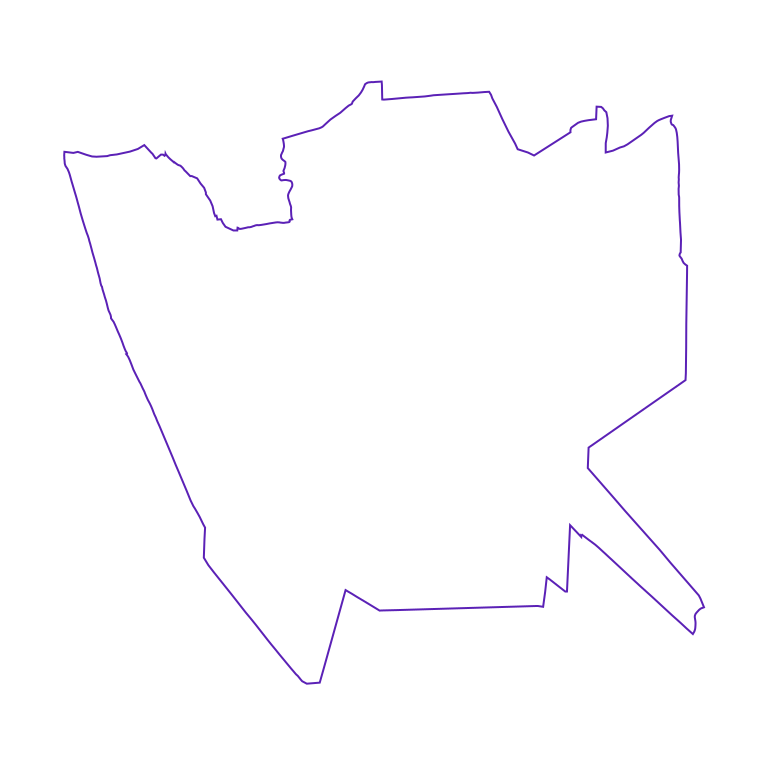 Bolintin-Deal, Giurgiu, Romania (Equal Earth projection), rotated 92°
{"feature_id": "2599482B7504561423592", "entity_name": "Bolintin-Deal", "entity_type": "district", "adm_level": 2, "iso_a3": "ROU", "parent_name": "Romania", "parent_adm1": "Giurgiu", "projection": "equal_earth", "projection_center": [25.812, 44.45], "detail": "fine", "context": "isolated", "style": "outline", "palette": "violet", "viewbox_px": 768, "rotation_deg": 92, "n_neighbors": 0, "source": "geoboundaries", "source_scale": "gbopen_adm2", "svg_char_len": 6061}
<svg xmlns="http://www.w3.org/2000/svg" viewBox="0 0 768 768"><g transform="rotate(92 384 384)"><path d="M163.1,711.5L166.6,711.6L168.7,711.4L169.8,711.4L170.9,711.2L173.2,710.9L174.5,710.8L175.6,710.5L176.4,710.2L177.2,709.9L177.9,709.4L180.1,707.8L181.6,707.1L183.3,706.3L184.6,705.8L186.3,705.2L187.6,704.8L189.8,704.1L192.7,703.2L195.3,702.3L204.0,699.4L206.9,698.4L209.4,697.6L213.3,696.4L217.4,695.1L224.1,693.1L226.5,692.3L231.3,690.7L238.4,688.2L243.3,686.4L246.3,685.1L249.1,684.1L251.3,683.5L253.9,682.6L259.5,680.9L262.6,680.0L268.6,678.0L272.7,676.7L275.4,675.9L278.3,674.9L281.6,674.0L283.6,673.4L288.3,671.9L293.1,670.8L295.6,670.0L296.5,669.3L299.6,668.5L304.4,666.8L306.7,666.1L310.2,664.8L313.5,663.8L317.5,662.7L320.3,661.8L322.8,660.5L324.5,659.7L326.4,659.2L327.9,659.1L329.8,657.6L331.3,656.4L334.0,655.0L337.2,653.5L340.9,651.8L343.5,650.5L347.8,648.5L352.1,646.7L354.5,645.8L357.8,644.4L360.3,643.2L361.7,642.2L362.6,641.9L363.1,642.7L364.4,641.6L365.8,640.6L368.9,639.0L373.0,637.2L378.3,635.0L382.6,632.7L387.2,630.2L390.3,628.5L391.8,627.5L397.3,624.7L398.5,624.0L400.0,623.2L401.7,622.5L403.9,621.5L406.2,620.4L408.2,619.4L410.4,618.1L411.8,617.3L414.3,616.0L417.1,614.7L422.3,612.5L425.6,610.8L428.2,609.7L429.7,609.0L430.9,608.4L432.7,607.5L433.7,607.0L464.6,592.7L472.0,589.4L478.4,586.4L497.4,577.6L507.2,573.2L512.8,570.2L515.1,568.6L519.4,565.9L523.4,563.5L527.4,561.4L530.6,559.7L533.8,557.8L545.1,558.0L563.9,558.0L571.2,553.2L578.3,547.3L599.5,529.1L617.2,514.2L622.8,509.2L628.9,503.9L643.9,491.3L648.2,487.6L652.6,483.7L657.9,479.1L671.5,467.0L677.2,461.8L678.7,460.0L682.3,456.9L683.9,455.4L686.2,450.7L684.7,437.8L669.6,434.1L591.3,415.2L592.3,413.4L594.7,408.9L597.4,404.2L604.7,391.0L610.6,380.5L610.4,378.3L609.5,363.1L600.5,223.3L600.5,222.4L601.1,217.2L586.3,215.7L571.5,214.6L573.2,212.0L585.1,195.6L585.0,193.9L518.6,193.1L529.9,181.6L528.5,181.6L528.8,181.2L527.9,180.6L532.8,173.7L537.2,167.3L540.1,163.7L554.3,147.2L569.4,129.8L577.3,120.6L587.3,108.7L605.1,88.0L612.6,79.0L617.9,72.9L623.1,66.6L620.5,65.2L618.5,64.6L617.0,64.4L614.6,64.3L612.0,64.3L610.2,64.5L607.1,65.1L606.0,65.3L604.5,65.2L602.7,64.5L600.9,63.1L600.0,62.3L598.7,61.2L597.6,59.9L597.1,59.1L596.0,56.4L587.3,60.3L584.3,62.0L552.6,91.5L539.9,102.9L502.7,138.4L487.4,152.6L460.9,177.4L440.4,177.3L369.6,82.8L362.7,82.7L336.6,83.3L313.3,84.0L262.6,85.0L255.2,85.2L253.9,87.2L252.5,88.8L250.6,89.9L248.4,90.9L246.2,92.7L245.4,93.2L244.2,93.1L243.0,92.7L242.2,92.1L229.5,92.2L222.1,93.0L212.6,93.8L209.8,94.1L201.7,94.8L195.7,95.2L187.9,95.5L186.7,95.6L184.4,96.1L180.4,96.3L178.6,96.4L177.3,96.3L175.6,96.2L173.8,96.4L172.4,96.6L169.1,96.5L167.3,96.7L164.3,96.6L162.9,96.5L159.8,96.5L154.1,96.8L149.7,97.3L142.7,98.1L131.7,99.0L127.0,99.5L122.7,100.2L119.2,101.1L117.7,101.9L115.2,103.9L114.8,105.1L114.4,105.6L113.3,106.1L111.9,106.6L110.1,106.6L105.8,105.4L106.1,107.0L106.3,108.3L108.1,112.7L109.7,116.4L110.7,118.5L111.6,120.1L113.7,122.8L118.7,128.1L123.9,133.2L125.9,135.5L136.0,149.0L138.1,152.5L139.4,156.4L142.8,163.3L144.9,170.5L135.5,170.8L129.8,170.0L125.2,169.6L118.1,169.3L110.6,169.9L104.6,171.3L102.8,173.4L100.9,174.8L99.5,176.6L99.4,181.2L112.0,181.3L113.2,188.8L114.0,192.7L114.9,196.2L116.2,199.2L119.2,203.1L120.9,205.3L121.6,206.0L123.5,206.5L125.1,206.5L125.9,206.4L150.4,242.0L147.6,248.3L144.7,258.6L139.1,261.4L127.5,268.4L114.9,275.1L103.2,280.9L94.8,285.7L91.3,287.1L88.3,289.1L88.7,293.7L89.5,300.4L90.0,305.8L89.9,307.6L90.3,310.2L90.7,314.8L91.1,318.7L91.4,321.6L92.3,330.7L93.7,344.6L94.2,347.2L95.2,353.3L95.6,357.1L96.0,360.8L96.5,365.5L96.8,369.1L97.1,372.1L97.9,378.3L98.9,386.1L99.8,394.1L99.7,395.7L85.3,396.5L81.8,396.9L82.1,399.7L82.4,403.1L82.7,405.1L82.7,406.9L83.0,409.0L83.2,410.3L83.9,411.8L85.1,413.4L87.3,414.2L90.6,415.6L93.5,417.2L96.5,419.3L99.5,422.2L102.8,425.1L105.1,425.9L105.7,426.7L107.0,429.0L109.6,432.0L114.5,437.2L117.7,441.7L121.6,446.8L126.0,451.3L128.8,454.1L129.6,455.3L130.7,457.6L133.0,465.1L134.0,468.7L139.0,483.7L141.9,492.2L142.4,493.8L143.8,493.3L145.5,492.9L147.5,492.5L149.9,492.2L151.0,492.3L152.2,492.6L154.1,493.0L154.9,493.2L156.3,493.9L157.6,494.4L158.8,494.9L160.0,494.9L161.1,494.7L162.1,494.3L163.0,493.6L163.7,492.7L164.8,491.1L165.4,490.4L165.6,490.4L166.3,490.2L167.5,490.2L168.8,490.3L171.7,490.9L173.3,491.5L174.1,491.8L174.7,491.9L175.3,491.7L176.0,491.4L176.7,491.2L177.3,491.2L178.4,493.8L178.8,494.5L179.1,495.1L179.5,495.4L179.9,495.6L180.5,495.8L181.2,496.0L181.9,495.9L182.7,495.5L183.5,494.7L184.1,493.8L184.1,493.3L183.7,491.4L183.5,489.1L183.8,487.1L184.2,485.0L184.4,484.5L184.8,483.8L185.3,483.4L185.9,483.1L186.7,482.8L187.7,482.6L189.3,482.6L190.2,482.9L192.8,484.1L195.1,485.3L197.1,486.1L198.2,486.4L199.0,486.5L200.5,486.3L201.7,486.1L203.7,485.4L205.3,484.8L207.3,484.2L209.2,483.4L210.6,483.0L213.5,483.0L218.1,482.6L219.7,482.4L221.0,482.1L222.6,481.4L223.2,483.7L223.8,484.1L224.4,483.9L224.8,483.9L225.1,484.0L225.4,484.3L225.6,484.8L225.8,485.8L226.1,487.9L226.4,489.2L226.5,490.6L226.4,491.8L226.3,493.1L226.1,494.5L226.1,496.1L226.3,497.7L227.5,503.9L228.3,507.3L229.3,512.3L229.7,514.8L229.6,515.8L229.7,516.9L230.0,518.1L230.5,519.2L231.1,520.9L231.6,522.0L231.8,522.8L232.0,523.6L232.1,524.5L232.1,525.3L232.3,525.9L232.9,528.1L233.7,531.3L234.0,532.7L234.0,533.5L234.0,534.1L233.4,534.7L233.0,535.4L232.9,535.8L235.7,536.0L235.8,539.9L232.4,547.9L228.7,550.7L225.0,552.7L225.5,556.2L221.7,557.3L222.2,558.5L219.1,559.8L212.3,561.5L206.7,564.1L200.6,568.6L198.8,568.7L194.2,570.6L190.1,574.3L185.0,577.9L182.9,583.4L183.0,584.9L178.2,589.9L177.5,590.8L175.5,592.3L174.5,593.3L173.7,594.2L173.0,595.0L172.7,595.9L172.4,597.0L172.0,597.9L171.0,599.4L169.5,601.5L169.8,601.7L168.4,603.4L166.8,605.4L165.0,607.4L162.0,610.1L161.4,610.4L162.9,610.5L163.6,611.3L162.5,612.8L162.5,614.9L166.5,619.3L166.3,620.3L161.9,623.5L161.1,624.5L153.6,631.9L157.7,638.2L160.6,646.0L163.9,659.0L164.9,665.7L165.9,668.6L166.9,679.2L166.8,683.7L165.3,689.6L162.7,698.1L163.9,702.5L163.1,711.5Z" fill="none" stroke="#5b21b6" stroke-width="2"/></g></svg>